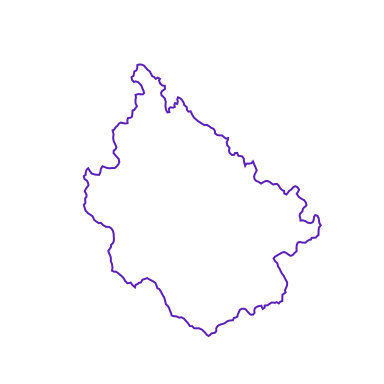 the district of Esmeraldas, Minas Gerais, Brazil, rotated 156°
{"feature_id": "56859067B18719992311576", "entity_name": "Esmeraldas", "entity_type": "district", "adm_level": 2, "iso_a3": "BRA", "parent_name": "Brazil", "parent_adm1": "Minas Gerais", "projection": "equal_earth", "projection_center": [-44.321, -19.761], "detail": "fine", "context": "isolated", "style": "outline", "palette": "violet", "viewbox_px": 384, "rotation_deg": 156, "n_neighbors": 0, "source": "geoboundaries", "source_scale": "gbopen_adm2", "svg_char_len": 4909}
<svg xmlns="http://www.w3.org/2000/svg" viewBox="0 0 384 384"><g transform="rotate(156 192 192)"><path d="M281.1,253.1L282.2,250.9L284.4,250.5L284.9,247.6L283.4,245.2L283.3,242.5L283.8,240.2L286.5,238.7L288.5,237.4L289.7,236.1L289.4,232.6L290.4,230.5L292.2,229.6L293.0,227.7L293.9,225.3L296.1,224.2L296.5,221.1L296.8,218.1L295.6,214.8L294.2,212.8L292.8,210.4L292.6,206.0L291.2,203.6L289.8,201.4L287.8,200.9L286.8,198.2L284.8,195.2L282.0,193.9L280.5,191.5L280.0,188.8L280.5,185.9L281.6,183.1L282.6,180.4L283.8,178.5L285.6,177.2L287.4,176.7L288.3,174.8L290.3,173.5L292.4,172.3L292.7,170.0L292.6,167.6L292.8,165.3L294.4,161.4L294.4,158.8L295.3,155.5L297.1,152.6L295.5,150.8L294.0,150.3L292.5,147.9L290.6,144.1L289.6,141.4L289.2,138.0L288.2,135.0L286.7,134.4L284.9,134.2L284.3,131.4L282.9,128.1L281.1,130.2L279.1,130.0L277.4,130.6L275.4,130.1L273.0,132.0L270.0,131.7L268.0,131.6L266.7,129.8L265.3,128.0L263.8,126.0L262.4,123.9L262.5,120.8L262.8,118.2L261.4,116.7L260.9,113.4L260.7,110.0L260.3,106.8L260.9,103.0L261.5,100.1L260.4,97.6L260.1,95.5L260.4,93.0L260.4,89.8L260.8,87.4L259.3,86.0L257.5,85.2L256.0,83.9L254.8,82.4L252.6,81.8L250.9,79.6L249.9,76.4L249.0,73.9L248.5,70.4L246.4,69.4L245.5,66.7L243.6,65.7L241.2,64.8L238.8,62.1L237.3,58.3L236.6,55.6L235.5,53.8L233.6,54.0L231.8,54.9L230.0,54.5L228.4,54.1L226.5,54.9L225.2,57.7L223.6,58.9L221.2,59.4L218.4,59.2L216.0,58.8L213.8,59.2L211.8,59.6L209.3,59.1L206.9,58.2L204.9,59.9L202.9,59.5L201.2,59.7L199.9,61.6L198.2,63.0L196.3,64.8L194.1,65.1L192.1,64.3L190.7,63.0L189.9,60.3L189.0,57.4L187.9,55.7L185.9,55.2L184.0,56.2L183.3,58.4L181.9,60.2L179.6,60.8L177.1,60.6L174.9,59.9L175.0,56.4L172.8,56.7L171.8,58.7L169.1,57.8L166.5,58.3L163.9,58.6L161.6,57.1L159.6,57.0L158.0,54.9L156.0,55.9L153.9,55.6L152.8,58.0L151.2,61.3L149.1,61.8L147.3,62.2L147.1,64.4L145.0,66.2L143.1,68.1L141.8,70.9L142.2,74.7L142.3,78.1L143.0,80.8L143.2,83.6L143.2,86.7L143.7,88.8L143.0,92.2L144.2,95.1L144.5,98.1L142.6,99.1L140.4,99.4L138.0,99.7L136.1,99.8L134.4,100.0L132.2,99.7L130.7,98.0L129.3,95.5L127.9,93.6L125.7,93.4L123.3,94.5L120.5,95.4L119.0,99.0L117.6,101.3L116.0,102.7L113.8,102.5L111.5,100.7L108.8,99.5L106.8,100.3L104.2,100.6L102.6,100.2L101.3,101.5L99.8,100.8L97.6,100.0L95.6,100.8L93.9,101.3L92.9,103.5L92.0,105.3L90.6,107.8L87.9,109.2L88.3,111.7L87.7,114.0L86.9,116.7L87.1,119.1L88.7,120.8L90.5,119.8L92.2,117.0L94.0,115.3L96.6,115.4L98.6,116.8L100.3,119.3L102.1,120.9L104.5,121.8L103.8,123.8L103.4,126.4L102.3,128.1L100.6,128.8L99.0,129.4L97.8,131.2L96.1,132.3L94.3,132.6L92.8,133.4L92.3,136.3L92.9,139.0L94.6,141.0L96.4,144.1L97.1,147.8L95.2,148.9L93.2,150.7L93.8,153.6L95.3,155.3L97.6,155.2L100.4,153.9L102.7,153.5L105.0,152.2L106.8,151.3L108.3,153.1L107.5,155.5L109.2,157.7L109.9,160.1L110.2,162.8L111.1,164.9L112.9,165.4L114.9,165.9L116.0,167.8L117.0,169.6L118.2,171.0L119.6,171.9L121.3,172.1L123.4,171.9L125.5,171.6L127.1,174.3L128.8,175.9L129.6,178.2L129.1,180.6L127.6,182.6L125.7,184.1L124.1,185.4L124.0,188.1L123.9,191.8L123.8,195.2L126.0,194.1L128.3,194.7L130.8,195.8L132.8,194.3L132.3,197.8L131.1,201.5L131.8,204.3L133.3,205.2L135.0,206.3L134.8,209.3L136.9,210.1L138.4,208.8L140.5,209.6L141.8,212.4L141.5,214.5L139.8,216.9L140.8,220.5L140.0,223.5L138.3,224.7L137.2,226.6L139.2,226.9L140.4,229.0L141.5,231.5L143.4,232.3L145.7,233.7L147.1,236.1L146.3,238.1L146.5,240.8L148.5,243.0L149.7,245.3L151.1,247.3L153.2,247.9L154.8,249.9L156.3,252.2L157.8,254.6L159.0,257.0L159.9,259.1L160.4,262.6L160.4,266.3L162.6,266.9L163.1,269.0L162.3,271.8L163.7,274.4L163.3,277.0L163.7,279.9L164.5,282.2L166.3,284.2L167.8,282.6L168.2,280.3L169.7,278.5L171.4,280.1L172.7,278.8L173.1,276.7L175.0,276.7L177.4,278.2L179.3,277.4L180.2,274.2L182.1,274.7L182.3,277.9L181.1,281.8L179.3,285.0L178.8,288.4L179.6,290.9L180.5,292.8L180.0,295.0L178.4,296.4L176.6,296.7L174.8,297.1L173.7,300.1L175.8,301.4L177.0,304.0L176.8,307.2L175.3,308.3L176.7,310.4L179.1,310.1L179.9,312.6L181.2,313.9L181.4,316.7L181.5,319.4L182.9,321.7L183.6,324.1L184.5,327.1L186.4,329.0L188.5,330.0L190.3,330.2L191.6,327.5L193.3,325.7L195.7,325.5L198.1,321.9L200.5,321.6L201.2,319.0L200.3,316.1L198.5,316.0L196.4,314.1L195.0,310.0L195.2,307.0L195.1,304.5L195.5,301.9L197.2,301.2L198.8,301.9L201.1,303.3L204.1,303.7L204.8,301.0L206.1,299.3L207.5,295.9L207.4,292.8L209.6,291.5L211.3,290.5L213.0,290.7L214.2,288.8L215.2,286.6L216.6,285.0L218.3,284.9L220.3,285.6L221.7,284.2L222.9,281.1L225.1,281.7L227.0,283.0L228.7,284.4L231.0,284.2L233.1,282.8L235.4,282.2L237.8,280.7L239.5,280.6L239.8,278.5L240.3,276.3L241.5,274.5L242.4,272.3L242.9,270.0L242.7,266.4L242.9,263.5L244.7,262.0L246.6,261.7L247.8,259.5L247.1,257.1L246.5,254.9L245.5,252.0L246.3,248.8L248.0,247.3L250.4,246.0L252.9,245.3L255.5,246.5L257.8,247.2L259.9,248.6L261.2,249.9L263.3,251.9L265.7,250.3L267.8,247.2L269.9,245.4L271.7,246.4L273.4,247.3L276.2,249.8L276.9,253.4L277.2,255.9L279.1,255.3L281.1,253.1Z" fill="none" stroke="#5b21b6" stroke-width="2"/></g></svg>